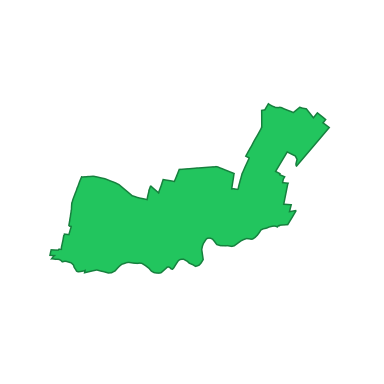 Cordun, Neamt, Romania (Natural Earth projection), rotated 310°
{"feature_id": "2599482B24546192512352", "entity_name": "Cordun", "entity_type": "district", "adm_level": 2, "iso_a3": "ROU", "parent_name": "Romania", "parent_adm1": "Neamt", "projection": "natural_earth1", "projection_center": [26.864, 46.98], "detail": "fine", "context": "isolated", "style": "filled", "palette": "green", "viewbox_px": 384, "rotation_deg": 310, "n_neighbors": 0, "source": "geoboundaries", "source_scale": "gbopen_adm2", "svg_char_len": 5890}
<svg xmlns="http://www.w3.org/2000/svg" viewBox="0 0 384 384"><g transform="rotate(310 192 192)"><path d="M333.4,244.4L333.2,237.2L326.9,237.3L327.3,235.4L329.2,226.1L327.2,222.7L326.2,220.1L320.3,219.0L317.9,218.5L317.8,217.9L317.3,216.1L316.4,213.7L315.0,209.5L314.7,208.5L314.2,206.4L313.3,204.8L312.8,204.4L312.4,204.1L312.1,203.9L311.9,203.6L311.6,203.2L311.4,202.8L311.0,202.4L310.6,201.9L310.4,201.6L310.2,200.9L310.1,200.2L309.8,199.5L309.5,198.6L309.3,197.8L309.2,197.2L309.0,196.4L308.8,195.3L308.7,193.8L307.0,194.1L304.4,194.5L301.7,195.0L299.3,192.9L298.5,193.6L296.4,195.4L287.4,203.0L286.8,203.6L286.5,203.8L286.4,203.7L286.3,203.8L286.1,203.8L285.5,204.0L283.5,204.5L277.9,205.6L274.8,206.1L271.4,206.7L268.6,207.3L265.7,208.0L265.0,208.1L264.4,208.2L263.9,208.3L262.9,208.4L261.1,208.8L259.1,209.1L257.9,209.4L255.9,209.8L255.2,209.9L254.9,210.0L254.7,210.1L254.4,210.1L254.0,210.2L254.4,211.9L254.9,213.9L254.8,214.0L251.4,214.9L249.6,215.4L244.8,216.7L244.5,216.8L243.5,217.1L241.5,217.7L240.5,218.0L239.8,218.2L238.5,218.5L237.9,218.7L237.4,219.0L235.2,220.0L233.6,220.8L232.7,221.1L230.2,222.3L227.8,223.4L225.6,224.5L224.2,225.3L223.7,225.4L223.4,225.3L221.8,223.0L221.9,222.9L221.8,222.7L220.9,221.3L220.3,220.9L220.1,220.6L219.9,220.4L221.2,219.6L224.0,217.9L226.0,216.7L228.9,215.0L232.7,212.6L233.2,212.4L232.7,210.7L231.9,208.4L231.4,206.8L230.6,204.4L230.1,202.9L229.1,199.7L228.7,198.7L228.2,197.2L227.9,196.0L227.5,195.1L227.2,194.7L226.9,194.1L226.3,193.6L226.0,193.4L225.5,192.8L224.9,192.3L224.9,192.1L223.6,190.8L220.2,187.3L214.6,181.6L214.2,181.1L213.9,180.8L213.7,180.5L212.4,179.3L207.7,174.6L206.6,173.4L204.2,171.0L202.8,169.6L201.1,167.7L196.4,169.3L194.4,169.9L194.3,170.1L193.9,170.1L191.4,170.9L188.7,171.7L187.9,170.3L186.9,168.5L184.3,164.2L183.0,161.9L180.8,162.8L179.9,163.1L178.9,163.6L178.0,163.9L176.6,164.5L175.6,164.8L174.0,165.4L171.9,166.1L170.6,166.6L170.1,167.1L169.8,167.1L169.9,164.8L170.0,158.6L170.1,156.1L170.0,156.3L169.5,156.6L168.8,156.8L168.4,157.0L167.7,157.2L166.8,157.6L166.2,157.7L165.9,157.9L165.5,158.0L164.7,158.6L164.4,158.8L163.7,159.1L162.7,159.6L161.4,160.2L160.5,160.7L159.3,161.3L158.6,161.8L157.9,162.1L157.6,162.3L157.3,162.5L156.5,160.9L154.9,157.9L154.6,157.4L154.2,156.6L153.8,156.1L153.3,154.8L152.7,153.7L151.9,151.5L151.1,149.5L150.6,148.5L150.7,148.4L150.7,147.1L150.7,143.2L150.7,142.7L150.7,139.9L150.7,139.4L150.7,138.1L150.7,135.8L150.7,133.9L150.7,132.8L150.7,132.7L150.7,131.9L150.7,131.4L150.7,131.2L150.5,130.5L150.4,130.0L150.2,129.4L150.1,128.7L149.9,127.9L149.6,126.9L149.4,126.3L149.0,125.0L148.8,124.6L148.4,123.4L148.2,122.9L148.0,122.3L147.8,121.9L147.8,121.7L147.6,121.0L147.5,120.8L147.4,120.4L146.9,118.9L146.6,117.9L146.4,117.4L146.2,116.8L145.7,115.8L145.2,114.9L144.2,113.0L143.6,111.8L142.5,109.6L141.7,108.2L141.2,107.2L140.9,106.7L140.5,106.2L140.0,105.6L139.1,104.7L138.6,104.2L138.3,103.9L138.0,103.6L137.6,103.1L136.8,102.2L136.3,101.8L135.9,101.4L135.2,100.7L134.5,99.9L133.9,99.3L133.1,98.5L132.9,98.1L132.7,97.7L127.8,99.2L122.7,101.1L121.4,101.4L120.4,101.8L118.5,102.6L117.2,103.0L115.9,103.4L114.6,103.9L112.5,104.6L111.1,105.1L109.7,105.6L107.3,106.7L106.7,106.9L106.2,107.0L105.7,107.5L104.9,108.0L102.5,109.8L101.9,110.3L101.2,110.9L100.8,111.1L100.6,111.1L99.8,111.6L99.4,111.9L99.0,112.2L98.6,112.4L98.2,112.7L97.7,112.9L97.1,113.3L96.6,113.6L95.8,114.1L95.5,114.3L95.2,114.5L94.6,114.9L94.3,115.0L93.5,115.5L93.1,115.7L91.8,116.5L91.1,117.0L90.4,117.3L89.3,118.0L88.9,118.2L87.9,118.8L87.3,119.1L87.2,119.3L87.2,119.5L87.2,120.0L87.2,120.4L87.3,120.6L87.5,120.8L87.7,121.1L87.8,121.3L88.0,121.5L87.9,121.7L85.9,122.6L85.1,122.9L82.9,123.9L82.7,124.0L81.5,124.5L80.2,125.1L77.8,121.4L77.7,121.5L77.4,121.6L76.9,121.7L76.4,121.8L76.1,121.8L75.9,121.9L75.3,122.3L74.7,122.6L72.2,124.1L68.8,125.9L65.7,127.5L64.9,128.2L64.3,128.6L64.1,128.8L63.3,127.8L62.9,127.1L62.6,126.8L61.5,126.9L61.4,126.8L59.8,124.8L57.2,121.3L55.9,122.0L55.7,122.0L52.2,123.9L54.8,127.4L54.3,127.3L53.2,127.3L52.4,127.3L50.6,127.4L51.0,127.8L52.8,130.8L53.7,131.8L54.8,133.3L55.3,135.1L55.3,136.4L55.1,137.2L55.3,137.7L56.9,138.8L57.9,140.0L59.1,142.7L60.1,145.1L59.9,148.0L59.6,148.6L58.6,150.1L57.7,153.1L57.2,154.4L57.4,155.4L57.9,156.3L59.1,157.4L60.6,158.7L62.1,159.9L63.2,160.5L61.1,161.6L67.8,166.6L71.1,169.2L73.1,173.5L74.1,175.3L76.2,180.0L78.5,182.3L80.3,183.0L82.1,183.8L86.1,183.9L88.7,184.1L91.6,184.7L93.9,186.2L95.7,187.2L97.3,188.6L98.5,190.5L100.0,193.0L102.2,196.0L103.9,197.6L105.1,199.4L105.7,203.6L105.9,208.2L105.3,211.6L105.5,212.9L105.9,214.8L107.3,217.1L108.6,218.8L110.1,220.1L111.5,220.4L117.7,221.3L118.2,221.2L119.5,222.1L119.9,223.7L119.7,225.4L120.3,226.7L122.1,226.8L124.7,226.4L127.7,226.0L130.2,225.7L132.1,226.0L133.4,226.9L135.1,228.7L135.9,232.9L135.7,235.6L136.9,239.6L137.3,242.5L139.1,243.7L140.7,244.5L143.5,244.6L147.4,244.0L149.2,242.0L154.2,236.4L157.4,234.7L159.9,233.8L164.9,233.2L166.3,233.5L167.2,234.2L168.5,235.8L169.1,238.1L168.6,240.8L167.8,244.2L167.7,244.8L169.2,248.3L172.4,252.3L173.9,253.9L174.6,255.2L175.9,257.4L177.9,258.9L181.0,259.7L186.0,260.9L188.7,262.1L191.4,263.7L193.1,266.2L193.9,267.7L195.0,268.7L197.7,269.5L201.0,269.8L204.4,269.6L207.2,269.2L209.7,270.3L211.4,271.7L212.7,272.6L213.2,272.8L214.2,273.3L214.8,273.6L216.8,275.1L217.8,275.9L218.4,276.5L219.1,277.3L219.5,278.0L219.8,278.8L220.0,279.5L220.1,279.9L221.2,279.9L221.8,279.8L222.4,280.7L222.8,280.6L223.3,280.9L224.8,282.4L226.0,283.7L227.5,285.2L228.5,286.3L237.1,285.0L244.7,283.7L244.9,283.8L239.6,279.3L246.0,276.2L241.6,270.1L259.5,260.3L260.5,260.0L257.4,255.4L257.5,255.3L260.7,253.6L260.9,253.6L263.2,253.2L261.6,248.0L262.6,247.6L261.5,242.8L267.7,241.8L283.9,239.2L286.0,248.0L284.5,251.5L280.3,253.6L279.1,254.9L279.1,255.4L307.7,255.6L329.6,255.7L329.2,247.9L333.4,247.8L333.4,244.4Z" fill="#22c55e" stroke="#15803d" stroke-width="1.5"/></g></svg>